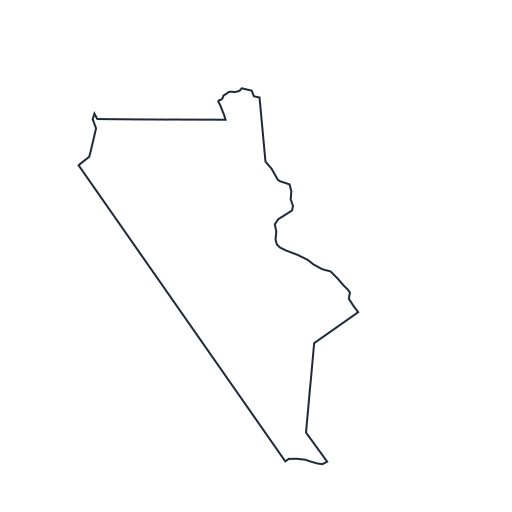 Micomiseng, Kié-Ntem, Equatorial Guinea (Albers equal-area conic projection), rotated 235°
{"feature_id": "11065452B35658646165921", "entity_name": "Micomiseng", "entity_type": "district", "adm_level": 2, "iso_a3": "GNQ", "parent_name": "Equatorial Guinea", "parent_adm1": "Kié-Ntem", "projection": "albers", "projection_center": [10.868, 2.052], "detail": "fine", "context": "isolated", "style": "outline", "palette": "slate", "viewbox_px": 512, "rotation_deg": 235, "n_neighbors": 0, "source": "geoboundaries", "source_scale": "gbopen_adm2", "svg_char_len": 1690}
<svg xmlns="http://www.w3.org/2000/svg" viewBox="0 0 512 512"><g transform="rotate(235 256 256)"><path d="M295.4,324.6L303.4,318.6L306.0,317.6L318.6,318.8L327.9,317.9L383.8,349.8L388.0,345.9L393.9,347.3L401.5,340.6L401.5,340.4L401.0,338.5L400.9,338.3L400.9,338.1L400.9,336.7L401.0,336.4L401.0,336.1L401.6,334.8L402.1,333.4L402.2,333.2L402.3,333.0L403.1,331.8L403.3,331.7L403.8,331.2L404.3,330.6L405.0,329.6L405.7,328.2L405.9,327.7L406.0,326.7L405.8,324.8L405.8,324.5L405.8,324.2L406.0,323.6L406.0,322.6L406.1,321.6L406.1,321.3L406.0,321.2L405.4,320.6L405.3,320.4L405.1,320.2L404.2,318.5L404.2,318.2L404.1,317.8L404.2,316.6L404.3,316.3L404.4,316.0L404.7,315.5L404.7,314.9L404.7,314.6L404.2,313.9L404.2,313.7L403.9,313.7L402.7,313.5L401.3,313.4L401.2,313.4L398.3,312.8L398.2,312.8L396.8,312.4L395.2,312.1L393.3,311.5L391.7,311.2L390.0,310.8L389.9,310.8L386.4,309.6L385.1,309.2L417.7,263.0L418.6,261.6L429.2,246.7L429.3,246.5L437.0,235.7L437.7,234.6L438.4,233.7L439.0,232.8L439.7,231.9L453.8,212.1L459.2,204.6L463.0,205.0L465.3,205.3L464.3,204.0L461.8,200.7L452.3,198.2L437.1,181.2L432.9,176.3L432.6,169.9L432.1,163.0L432.0,162.8L432.0,162.7L71.0,162.2L71.0,162.3L71.0,166.7L70.1,167.7L66.9,172.6L60.8,179.6L56.2,182.9L50.7,187.4L47.4,191.0L46.7,196.3L48.3,196.3L82.7,195.7L120.0,227.2L120.4,227.6L151.3,253.7L151.3,280.2L151.3,281.7L151.4,307.4L151.4,307.5L158.5,307.2L167.7,307.5L172.1,311.9L175.4,312.0L181.9,310.8L190.4,310.0L200.6,308.2L207.3,302.6L216.2,298.2L223.0,296.2L232.9,290.8L243.2,283.8L249.2,280.5L253.4,279.7L258.2,281.4L264.6,286.8L271.1,289.5L273.4,295.3L272.6,311.7L275.8,315.0L282.5,316.9L288.8,322.1L295.4,324.6Z" fill="none" stroke="#1e293b" stroke-width="2"/></g></svg>